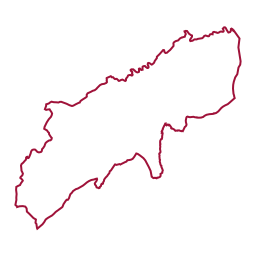 District #3, Grand Bassa, Liberia
{"feature_id": "62588387B53220692513074", "entity_name": "District #3", "entity_type": "district", "adm_level": 2, "iso_a3": "LBR", "parent_name": "Liberia", "parent_adm1": "Grand Bassa", "projection": "orthographic", "projection_center": [-9.497, 6.317], "detail": "fine", "context": "isolated", "style": "outline", "palette": "rose", "viewbox_px": 256, "rotation_deg": 0, "n_neighbors": 0, "source": "geoboundaries", "source_scale": "gbopen_adm2", "svg_char_len": 5740}
<svg xmlns="http://www.w3.org/2000/svg" viewBox="0 0 256 256"><path d="M184.7,32.0L185.4,32.9L185.8,34.1L185.2,35.3L184.8,36.7L183.0,37.2L182.2,37.5L182.0,37.4L180.4,38.2L179.8,38.6L178.2,40.4L175.8,41.1L174.6,41.8L173.7,42.6L173.4,43.5L173.6,45.0L173.5,45.5L173.5,46.0L170.1,50.0L168.6,51.2L167.0,52.7L165.5,53.0L164.6,52.2L164.1,50.2L163.2,50.0L159.6,54.1L156.9,56.7L156.8,58.3L156.1,59.1L154.7,61.1L154.1,62.7L152.4,64.3L151.6,64.6L149.9,63.4L148.8,62.9L147.9,63.2L147.7,64.8L148.3,65.9L148.6,67.1L148.4,67.6L147.9,68.0L147.2,68.0L146.7,67.5L145.9,67.1L144.9,66.0L143.3,66.2L142.6,66.8L142.5,68.6L142.6,69.7L141.3,70.0L141.0,69.8L139.8,68.5L139.3,68.5L138.9,68.8L139.0,70.4L139.0,71.8L138.5,72.1L137.6,72.4L136.7,72.2L135.3,71.3L134.7,70.5L133.8,69.9L133.4,69.4L132.5,69.3L131.5,69.3L130.7,69.8L130.6,70.2L131.2,71.2L131.6,71.3L132.1,71.7L132.1,72.0L132.3,72.2L132.0,73.4L132.6,74.4L132.4,75.3L132.0,75.5L131.5,75.5L130.4,75.0L129.0,75.1L128.1,75.5L127.3,77.2L126.1,78.5L125.9,80.5L125.4,80.9L125.2,81.0L122.5,79.6L121.2,79.9L119.5,80.8L118.8,80.9L118.5,80.7L118.2,80.2L116.8,78.9L115.7,78.9L115.1,79.1L114.6,78.9L113.0,77.2L111.8,77.3L111.3,76.7L111.1,76.4L110.8,76.2L106.7,78.0L106.6,78.8L106.9,80.0L106.6,80.8L107.0,82.0L106.3,82.9L104.3,83.8L101.8,84.2L100.0,85.1L97.3,87.8L96.4,88.9L94.7,90.2L92.7,90.8L90.7,91.9L87.6,93.3L86.7,94.8L86.8,96.6L85.8,97.5L82.6,99.5L80.9,100.7L80.6,100.9L79.7,102.6L79.0,102.7L75.9,104.2L73.4,105.6L72.0,106.0L69.5,105.2L66.7,103.8L61.2,101.8L59.8,101.9L58.5,102.5L56.2,102.3L53.8,102.2L51.5,101.7L50.0,102.5L48.8,103.5L46.2,104.3L46.1,106.0L44.9,109.2L46.1,109.9L47.8,109.5L49.6,109.3L50.4,110.7L51.2,111.7L52.1,113.5L51.7,115.2L50.9,116.9L48.8,119.2L46.8,122.3L44.6,126.8L44.2,128.8L45.7,129.7L47.0,130.4L47.9,131.8L49.0,132.9L49.1,134.2L50.7,136.7L51.8,138.0L51.4,139.5L50.5,140.3L49.2,140.4L47.2,141.6L45.7,142.9L45.0,144.4L44.5,146.0L43.1,148.1L42.1,149.1L41.9,150.4L41.6,151.4L40.9,152.0L38.9,152.4L37.4,151.9L35.3,149.7L34.3,149.5L33.3,149.6L32.3,149.9L31.5,150.8L31.0,151.9L30.6,153.6L29.1,157.2L28.5,158.0L28.0,158.1L27.2,156.8L26.6,157.0L26.1,157.6L26.1,158.7L25.8,159.8L24.8,160.8L23.2,162.7L21.6,164.0L21.0,165.6L21.3,168.0L21.5,170.7L22.2,172.0L22.9,173.7L22.3,175.4L20.7,176.9L20.3,177.9L22.2,179.6L22.8,180.7L20.8,183.4L20.1,185.0L18.1,185.9L16.3,186.9L16.1,189.9L16.6,194.0L16.3,197.7L16.4,199.9L15.4,204.9L16.1,205.6L17.2,206.4L17.2,207.0L19.5,206.3L22.8,206.1L25.3,206.6L26.6,208.4L26.9,211.6L29.1,213.6L33.4,218.0L35.9,219.5L35.5,222.8L36.4,223.9L37.0,228.0L37.3,228.7L42.5,224.3L44.2,222.1L45.7,219.5L47.7,218.0L49.7,216.8L52.0,215.5L53.8,213.9L55.6,212.0L62.3,207.1L62.8,206.1L63.5,204.2L65.4,201.3L66.6,199.8L66.9,199.9L67.9,199.8L69.0,198.2L70.3,194.3L72.0,192.6L73.0,191.1L75.8,189.2L77.9,188.5L82.8,185.7L84.5,184.4L86.9,182.4L88.9,181.1L91.3,180.0L93.9,179.5L95.9,178.8L96.9,178.6L97.1,179.2L96.7,180.6L94.8,183.3L95.0,184.6L95.9,185.5L96.6,187.4L98.0,187.8L98.8,188.2L99.6,187.9L99.8,187.3L99.8,186.9L100.3,186.6L101.0,185.9L101.2,184.6L101.5,184.0L101.9,183.7L102.6,183.9L103.0,183.6L103.2,182.2L103.9,181.1L104.2,179.5L105.6,177.6L107.2,176.0L108.1,174.6L109.3,173.2L109.8,171.2L110.9,170.5L114.5,165.1L115.1,164.4L116.3,164.9L119.5,164.1L120.4,164.5L120.5,164.4L125.3,162.0L126.4,161.6L127.4,160.2L128.8,160.1L130.9,159.7L132.6,158.9L134.2,156.9L136.3,153.5L137.7,153.9L140.2,155.6L143.4,158.1L145.3,160.4L148.8,167.0L150.6,170.9L151.7,176.7L152.0,176.8L152.8,177.7L153.6,178.1L154.7,177.8L155.2,178.0L155.9,177.8L156.3,178.2L156.7,178.3L157.5,177.6L158.0,177.7L159.8,177.0L160.6,175.9L160.5,173.9L161.6,173.3L162.3,172.7L162.2,172.2L162.8,170.3L162.4,169.3L162.4,169.2L161.4,166.9L161.4,165.8L160.9,165.5L160.3,164.0L160.2,163.0L159.7,161.7L160.0,159.8L159.6,159.1L159.6,158.3L159.4,156.3L159.6,155.4L159.3,154.5L159.3,153.5L159.6,153.2L160.0,152.9L160.5,152.0L160.3,150.4L160.0,149.0L160.3,146.6L160.1,145.3L160.4,144.2L160.1,143.9L160.3,143.2L160.1,142.5L160.2,140.9L161.0,139.3L161.5,138.8L161.9,138.8L162.2,137.1L162.1,136.5L162.6,133.5L161.7,133.0L161.9,132.6L162.3,132.1L161.7,131.5L162.1,130.5L162.5,130.0L162.9,129.0L162.8,128.7L164.4,125.3L164.9,124.7L165.2,123.6L165.7,123.5L165.7,124.8L166.5,125.4L167.7,124.5L168.0,124.5L168.7,124.8L169.0,124.8L168.9,125.4L169.5,125.5L170.0,125.5L171.2,127.3L171.2,128.3L171.7,128.6L172.3,128.5L174.5,129.7L174.9,130.4L175.4,130.8L176.3,130.6L177.6,130.7L177.8,130.4L179.3,130.4L179.8,130.7L181.4,131.2L181.9,130.9L182.8,131.2L184.8,127.0L185.7,126.3L186.3,125.4L186.5,124.4L185.9,122.1L185.8,120.3L186.4,117.5L186.8,116.9L187.6,116.6L188.8,117.0L190.0,117.2L193.4,116.8L195.1,117.3L196.6,117.3L196.6,117.5L196.8,117.6L198.8,117.7L201.0,117.6L203.3,116.9L204.4,115.9L206.5,114.8L209.3,114.2L213.0,113.9L214.4,113.5L214.3,113.3L215.1,113.2L216.1,113.0L218.3,111.4L221.3,108.0L222.9,106.7L225.1,105.4L227.7,104.2L229.4,102.8L234.7,98.1L234.2,96.5L234.1,95.6L233.5,93.7L233.0,88.6L233.2,84.8L233.8,81.7L235.2,77.4L237.3,74.2L238.5,67.5L240.2,64.7L240.6,61.3L238.4,47.4L239.5,38.5L233.9,30.7L233.6,31.0L233.2,30.7L232.8,30.0L232.8,29.5L232.4,29.1L231.5,28.6L230.9,29.0L230.9,30.2L230.7,31.1L230.0,32.1L229.3,32.3L229.0,32.4L228.8,32.4L228.4,32.5L227.8,31.7L226.5,29.6L225.8,28.1L224.9,27.3L224.0,27.4L223.5,27.9L223.5,28.1L222.8,28.7L223.6,30.3L223.6,31.4L223.3,31.7L222.2,31.8L221.2,31.5L220.2,31.7L218.7,32.6L217.7,32.9L217.2,32.9L216.4,32.4L215.5,32.3L214.2,31.9L213.4,32.0L213.2,32.1L212.7,32.9L212.6,34.3L211.1,34.1L210.0,34.4L209.0,36.1L208.1,36.3L205.5,35.5L204.2,36.0L203.3,37.3L202.2,38.2L197.7,38.9L196.7,39.4L194.4,39.4L192.6,40.7L190.4,41.1L190.0,40.5L190.1,39.6L192.0,36.7L192.0,35.5L191.7,35.4L190.8,35.0L189.1,33.8L187.0,31.0L185.6,30.9L184.5,31.3L184.7,32.0Z" fill="none" stroke="#9f1239" stroke-width="2"/></svg>